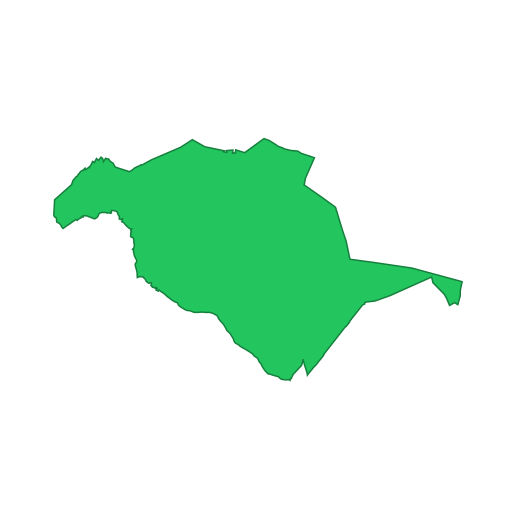 Tepetlixpa, Morelos, Mexico, rotated 100°
{"feature_id": "50627088B54138403616253", "entity_name": "Tepetlixpa", "entity_type": "district", "adm_level": 2, "iso_a3": "MEX", "parent_name": "Mexico", "parent_adm1": "Morelos", "projection": "albers", "projection_center": [-98.833, 19.014], "detail": "fine", "context": "isolated", "style": "filled", "palette": "green", "viewbox_px": 512, "rotation_deg": 100, "n_neighbors": 0, "source": "geoboundaries", "source_scale": "gbopen_adm2", "svg_char_len": 6076}
<svg xmlns="http://www.w3.org/2000/svg" viewBox="0 0 512 512"><g transform="rotate(100 256 256)"><path d="M149.1,215.5L147.0,229.4L145.4,233.1L146.0,240.1L145.6,246.3L144.8,249.1L144.2,253.1L142.9,255.8L139.9,263.2L139.0,268.5L145.2,274.5L156.2,285.1L155.0,294.4L156.5,294.4L157.9,294.0L158.5,296.3L158.9,296.6L158.9,296.9L155.7,297.1L157.3,303.4L159.1,302.9L158.9,306.4L158.6,306.4L157.9,305.7L157.3,325.4L152.5,338.9L162.0,349.1L179.8,376.2L181.8,378.5L182.1,379.0L184.1,381.5L185.5,383.1L185.8,383.6L186.0,384.3L186.0,384.8L187.5,386.7L190.3,390.7L193.0,393.0L194.9,395.3L192.9,410.1L189.5,412.8L187.9,416.3L186.0,418.0L186.3,419.2L185.8,421.0L189.4,422.5L189.0,422.6L186.5,424.1L186.0,425.0L185.6,425.8L189.2,427.8L187.7,430.0L192.0,431.4L191.9,431.7L191.4,432.4L191.3,433.4L191.8,433.4L195.7,434.6L197.2,435.6L197.8,435.4L197.9,436.3L200.3,438.3L200.5,439.0L199.2,439.6L200.6,440.6L201.1,440.7L201.6,440.8L201.4,441.3L203.1,443.2L204.3,444.0L205.6,444.4L206.2,445.1L208.7,446.0L209.0,446.7L213.3,449.3L217.9,450.1L235.6,464.1L250.5,462.3L251.6,461.8L252.3,461.3L252.4,461.1L252.7,460.4L252.8,459.7L253.0,459.6L253.7,459.2L253.8,459.1L254.0,459.0L255.0,458.7L255.5,458.6L255.9,458.6L256.2,458.4L256.6,458.2L257.0,458.1L257.3,457.9L257.4,457.6L257.7,456.4L258.1,455.4L259.0,454.1L259.2,453.8L259.6,453.5L260.7,452.7L260.8,452.6L261.1,452.4L261.6,452.0L261.8,451.6L262.4,450.8L258.7,447.2L256.8,445.1L255.2,443.6L253.2,441.6L251.4,439.7L252.0,438.3L250.5,437.3L249.1,435.2L248.9,435.0L248.2,435.0L247.6,433.0L246.6,433.4L246.6,433.1L246.6,432.6L245.8,431.4L246.0,430.7L245.9,428.9L246.4,427.3L246.5,425.9L246.9,425.1L246.8,424.6L247.4,422.3L247.4,421.2L245.5,419.1L244.3,418.6L243.0,418.3L242.7,418.1L241.9,418.1L240.8,417.2L240.1,415.9L239.4,412.8L239.4,410.2L239.6,409.9L239.0,408.7L239.2,406.5L239.0,406.3L238.7,405.9L237.0,406.4L236.3,406.2L236.0,403.6L236.1,402.8L236.1,401.7L236.5,400.7L237.2,400.1L238.6,399.4L241.0,397.4L242.3,397.2L243.2,397.2L243.6,395.8L242.6,394.0L243.4,393.9L243.8,393.9L244.8,394.1L245.5,394.2L246.0,392.3L248.9,388.7L250.4,386.3L250.9,385.2L251.1,384.3L251.0,383.1L251.9,383.8L252.1,383.8L252.5,383.8L253.0,383.6L253.2,383.4L253.4,383.1L253.6,382.9L253.9,382.9L254.1,383.0L254.3,383.1L254.5,383.3L256.1,383.2L256.7,383.0L257.3,383.0L258.1,382.8L258.6,382.8L259.1,381.9L259.1,381.3L259.2,380.5L260.9,379.2L263.9,378.7L264.1,378.5L264.3,378.4L264.6,378.4L264.8,378.1L265.0,377.9L265.3,377.9L265.8,378.0L266.3,377.9L266.5,377.8L267.1,377.5L267.4,377.5L267.7,377.5L267.9,377.6L268.4,377.6L268.9,377.7L269.2,377.8L269.7,377.9L270.0,378.2L270.5,378.3L270.6,378.6L270.8,378.8L271.1,378.7L271.1,378.4L271.2,378.0L271.3,377.7L273.3,377.3L274.8,376.6L277.1,375.8L277.5,375.3L278.0,375.0L278.6,374.6L279.4,374.1L280.0,373.5L280.6,373.0L281.0,372.8L281.7,372.6L282.4,372.6L283.1,372.8L284.0,373.3L284.6,373.5L285.2,373.5L286.7,373.1L290.4,371.3L291.9,370.6L293.1,370.2L297.3,369.3L297.8,369.1L297.5,368.8L297.1,368.1L296.6,367.1L296.5,366.1L296.3,365.5L296.3,364.6L296.3,364.1L296.2,363.5L296.7,363.1L297.0,362.8L297.4,362.1L298.0,361.1L299.0,360.5L299.4,360.1L299.9,359.8L300.3,358.9L300.7,358.6L301.1,357.8L301.2,357.4L301.4,356.9L301.4,356.5L301.1,356.3L301.0,356.0L300.7,355.6L300.9,355.1L300.8,354.4L301.3,354.1L303.2,354.4L303.7,353.8L304.0,353.3L304.0,353.1L304.1,352.7L304.6,352.7L304.8,351.9L304.9,351.4L304.6,351.0L305.4,349.5L304.4,348.9L305.0,347.8L305.5,347.9L306.8,348.5L307.6,346.1L306.9,345.9L306.2,345.5L307.2,344.1L307.7,343.0L308.5,341.1L309.2,339.8L309.8,338.6L310.8,337.2L311.9,335.3L312.7,333.5L313.6,332.1L314.3,330.4L314.8,329.2L315.2,328.2L315.4,327.1L315.4,326.5L315.8,325.3L315.9,325.2L316.0,325.1L316.3,324.9L316.6,324.7L317.0,324.4L318.0,323.5L318.6,322.6L319.2,321.6L319.8,320.1L320.2,318.8L321.0,317.1L321.6,314.5L321.4,311.6L321.6,310.1L321.9,308.9L322.2,307.5L322.1,305.9L321.7,303.8L321.2,301.8L320.8,300.4L320.5,298.4L320.3,296.2L320.1,294.5L319.8,293.1L319.6,291.3L319.7,290.1L320.0,288.5L320.2,287.4L320.7,286.4L321.1,285.1L321.5,284.1L322.1,283.3L323.0,282.7L323.7,282.3L324.2,282.0L325.7,280.4L326.6,279.2L327.5,278.0L328.9,276.2L330.3,275.0L331.9,273.6L333.4,272.5L334.5,271.6L335.6,270.0L336.7,268.2L337.7,267.3L339.4,265.8L340.6,264.7L341.9,263.7L343.4,263.0L344.3,262.3L345.0,261.6L345.5,260.7L346.0,259.3L346.2,258.5L346.5,257.7L346.9,257.0L347.5,256.3L348.4,254.1L349.0,252.3L349.4,250.9L349.9,249.7L350.6,248.0L351.2,246.4L352.1,244.4L352.5,243.4L352.8,242.6L353.5,241.9L353.9,241.4L354.5,240.9L355.0,240.0L355.6,238.5L355.9,237.7L356.4,236.9L356.9,236.4L357.6,235.8L359.2,234.8L359.8,234.3L360.2,233.9L360.5,233.3L360.8,232.8L361.2,232.4L361.7,232.2L362.5,231.5L363.3,231.0L364.0,230.4L365.7,228.9L366.4,228.2L367.0,227.6L368.1,226.3L369.1,224.8L370.0,223.7L370.0,223.3L369.9,222.9L369.9,222.0L370.5,218.1L370.7,216.2L370.8,214.9L370.9,213.5L371.4,212.3L372.5,210.9L372.9,209.7L373.0,208.6L372.9,206.3L372.9,205.7L372.7,204.4L372.5,204.0L372.4,203.4L372.3,202.9L372.1,202.2L372.2,201.8L372.5,200.9L372.2,201.0L371.9,200.9L371.6,201.0L371.3,201.2L371.2,201.2L371.0,200.7L370.8,200.2L370.5,199.9L369.3,199.7L368.3,199.5L366.6,198.9L366.3,198.9L364.7,197.9L361.5,195.8L357.2,193.0L355.9,192.2L355.2,192.0L351.6,191.8L349.4,191.8L350.3,191.6L362.7,185.2L364.1,184.8L364.4,184.7L363.5,184.3L361.5,183.2L360.1,182.4L358.9,181.7L355.4,179.8L354.9,179.4L354.0,178.7L350.9,176.9L349.2,176.1L346.3,174.4L344.6,173.5L343.3,172.8L342.8,172.5L342.3,172.3L342.0,172.1L341.8,172.1L341.7,172.2L341.6,172.3L341.2,172.2L310.0,155.6L310.0,155.3L309.8,155.1L309.4,154.8L308.8,154.5L307.7,153.9L306.8,153.4L304.9,152.4L304.5,152.3L304.3,152.3L304.2,152.5L286.3,142.9L285.5,142.3L285.3,141.9L284.8,141.3L284.6,140.9L284.5,140.7L284.3,140.7L284.0,140.7L283.5,140.7L283.0,140.7L282.0,138.9L279.7,131.1L271.8,117.2L246.2,79.4L251.6,77.1L261.1,63.8L264.8,60.8L271.1,56.8L267.5,52.4L268.9,48.8L260.4,48.0L260.0,47.9L254.5,48.8L245.5,48.6L240.8,100.3L241.9,138.7L242.9,162.9L225.5,169.9L216.4,174.9L210.1,178.1L194.2,186.2L187.3,200.2L177.7,220.9L170.7,220.8L149.1,215.5Z" fill="#22c55e" stroke="#15803d" stroke-width="1.5"/></g></svg>